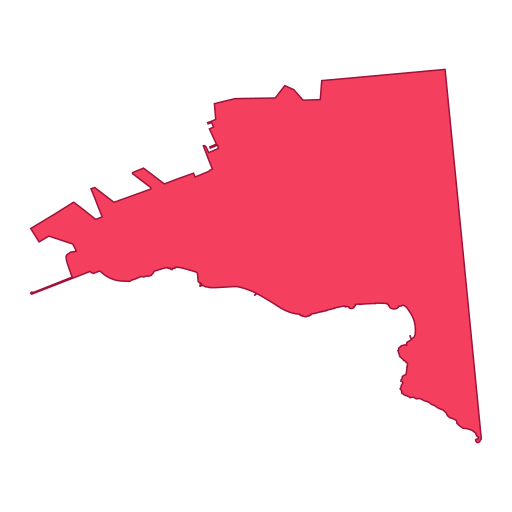 the district of Municipality B, Montevideo, Uruguay
{"feature_id": "84410073B6453147989031", "entity_name": "Municipality B", "entity_type": "district", "adm_level": 2, "iso_a3": "URY", "parent_name": "Uruguay", "parent_adm1": "Montevideo", "projection": "robinson", "projection_center": [-56.188, -34.909], "detail": "fine", "context": "isolated", "style": "filled", "palette": "rose", "viewbox_px": 512, "rotation_deg": 0, "n_neighbors": 0, "source": "geoboundaries", "source_scale": "gbopen_adm2", "svg_char_len": 5056}
<svg xmlns="http://www.w3.org/2000/svg" viewBox="0 0 512 512"><path d="M214.4,103.6L215.7,119.5L207.6,122.7L208.1,123.9L211.5,122.5L213.6,127.1L209.4,128.9L216.4,144.1L209.8,146.9L210.3,148.1L217.7,145.1L218.3,148.5L213.9,150.4L208.7,152.6L205.7,146.3L204.0,145.5L203.3,145.8L208.9,160.4L212.4,169.0L209.9,170.2L209.9,170.3L208.5,171.5L195.1,177.0L193.5,173.2L178.6,178.5L164.3,183.9L143.5,168.1L132.6,172.6L132.5,173.6L150.9,187.7L150.8,189.0L113.9,202.3L94.7,187.5L91.0,188.8L95.3,199.4L97.2,204.4L102.2,216.9L95.7,219.4L87.1,212.6L84.2,210.2L74.1,202.5L73.4,202.3L54.6,214.1L30.7,228.5L39.1,241.9L48.8,236.1L72.7,244.0L75.0,248.3L76.2,251.3L70.6,252.1L68.8,253.4L67.1,254.6L66.1,256.3L66.3,259.9L67.2,262.7L67.5,264.0L68.2,265.9L69.5,269.9L70.2,271.6L70.8,273.5L71.5,275.5L72.3,277.0L33.0,292.6L32.9,292.3L32.4,292.5L31.8,292.1L31.1,292.4L31.0,292.7L30.8,293.0L30.8,293.4L31.0,293.7L31.3,294.0L31.8,294.1L74.8,277.4L90.2,271.4L90.7,272.0L91.3,272.6L93.2,273.2L93.3,273.5L96.1,272.4L98.6,271.4L99.5,271.2L100.5,271.5L102.2,273.0L104.1,274.6L106.2,276.0L108.4,277.3L110.7,278.4L113.7,279.6L117.1,280.5L120.0,280.9L122.9,281.1L129.7,281.4L131.6,280.1L133.6,279.6L135.5,278.9L141.0,276.5L143.6,277.0L146.4,276.1L148.8,276.1L151.0,275.5L152.6,273.7L153.5,272.7L154.0,271.3L159.1,269.7L163.4,268.4L165.2,268.0L167.6,267.5L167.7,267.9L167.8,267.9L168.0,268.2L168.3,268.3L170.2,268.3L170.2,268.7L170.6,268.7L170.8,269.2L171.1,269.5L171.7,269.6L172.2,269.4L172.6,269.1L172.7,268.6L173.1,268.6L173.2,268.2L174.9,268.1L174.9,267.9L175.2,267.9L175.3,267.8L175.4,267.5L175.6,267.5L175.6,267.2L177.3,267.3L179.0,267.4L181.6,267.9L184.3,268.6L192.8,271.0L196.0,272.0L197.1,272.7L197.5,274.2L198.2,281.3L198.6,282.0L199.1,282.4L199.7,282.6L200.3,282.7L200.4,283.1L200.4,283.6L200.0,283.6L200.1,284.0L201.4,283.9L201.7,284.1L201.8,285.3L200.7,285.4L200.1,285.5L199.8,285.8L199.9,286.0L200.1,286.2L200.7,285.9L201.4,285.7L203.9,285.7L204.6,286.3L205.7,286.9L207.1,286.9L208.7,287.4L211.7,287.7L216.6,287.6L223.8,287.2L231.9,286.7L234.0,286.6L236.9,286.6L238.4,286.9L239.8,287.2L244.7,288.5L249.8,290.4L253.1,291.7L256.3,293.3L254.7,295.0L255.0,295.2L256.8,293.5L260.2,295.4L268.5,300.3L274.3,303.9L278.8,306.8L282.4,309.0L286.1,310.8L290.1,312.4L295.2,313.7L300.0,314.3L300.0,314.8L300.2,315.1L300.3,315.1L300.5,315.2L300.8,315.2L300.8,315.3L301.0,315.6L302.5,315.7L302.5,316.1L303.1,316.2L303.7,316.3L304.2,316.5L304.7,316.6L305.2,316.7L305.7,316.7L306.2,316.7L306.7,316.6L307.2,316.3L307.7,316.1L308.2,316.0L308.7,315.9L308.9,315.9L308.8,315.6L310.2,315.3L310.3,315.3L310.4,315.2L310.4,314.9L310.7,314.9L310.9,314.9L311.0,314.8L311.1,314.7L311.2,314.4L311.2,314.0L314.9,313.4L321.2,311.6L321.3,311.9L325.1,310.8L325.2,311.0L326.8,310.5L326.8,310.2L334.5,308.4L334.4,308.0L339.6,306.9L344.7,306.0L344.8,306.5L345.5,306.3L345.6,306.8L347.6,306.5L347.8,306.7L348.1,306.7L348.5,306.8L348.8,307.0L348.9,307.5L349.3,307.5L349.4,308.0L349.8,308.3L350.8,308.5L352.0,308.5L353.3,308.0L353.8,307.6L354.0,307.2L353.9,306.9L354.4,306.8L354.4,306.3L354.7,305.9L355.0,305.7L355.4,305.6L355.4,304.4L359.8,304.0L359.8,304.4L363.6,304.0L367.5,303.8L371.6,303.6L375.5,303.6L375.6,303.2L380.5,303.2L387.3,303.5L387.3,304.2L387.8,304.3L388.3,304.6L388.5,305.0L388.5,305.5L389.2,305.5L389.4,306.8L389.9,307.5L390.5,308.0L391.4,308.5L392.3,308.7L393.2,308.9L394.1,309.0L394.9,308.9L395.7,308.8L396.5,308.5L397.3,308.2L397.9,307.6L398.4,306.9L398.5,306.2L399.2,306.2L399.6,306.3L399.9,306.3L400.1,306.1L400.5,306.0L401.3,306.0L401.6,305.6L402.0,305.4L403.4,305.3L404.4,305.7L405.4,306.5L406.3,307.1L407.6,308.7L411.2,314.2L412.4,316.4L413.5,319.1L414.3,321.4L414.7,323.8L415.2,326.0L415.3,328.6L415.4,330.9L415.2,333.4L415.1,334.6L414.7,335.7L414.1,336.9L413.3,337.8L411.4,339.0L410.4,336.6L410.3,335.9L410.1,335.9L410.2,336.6L411.4,339.6L407.0,342.3L407.2,342.6L406.8,343.0L406.6,343.4L406.6,344.6L406.6,345.2L404.9,344.8L401.0,345.9L400.2,347.0L398.8,347.9L398.5,350.4L397.9,350.5L399.9,356.7L403.1,359.5L403.1,359.9L403.9,360.6L404.7,360.5L406.0,362.3L406.7,362.5L407.4,363.3L407.4,364.7L407.3,366.3L407.1,366.3L406.9,367.3L407.1,367.3L406.0,374.7L403.8,375.3L402.3,376.5L402.2,378.4L401.1,379.7L400.9,381.2L402.4,381.7L402.8,382.4L402.8,382.9L402.6,383.3L402.0,384.1L401.1,385.8L401.2,386.8L400.1,388.9L401.7,390.8L401.5,391.4L402.0,393.6L402.8,393.6L404.1,394.8L405.3,395.5L406.2,395.5L406.9,395.9L409.0,396.8L409.8,397.5L410.6,397.7L413.3,397.1L416.5,398.9L419.3,398.4L421.6,399.3L424.1,400.7L427.9,401.8L429.9,403.0L431.5,404.5L434.3,405.4L438.4,408.2L442.8,409.9L446.0,412.6L447.4,415.6L449.6,417.6L453.5,418.9L456.1,420.4L456.8,421.6L456.8,423.1L458.9,425.4L463.0,428.2L467.7,428.8L471.8,430.2L475.7,433.1L475.9,433.3L475.9,434.1L476.2,434.9L476.7,435.9L477.7,436.7L478.3,436.9L478.3,437.9L478.3,438.7L477.6,438.8L476.1,439.3L475.5,439.9L475.7,440.8L476.6,442.1L477.2,442.6L478.5,442.6L479.7,441.5L481.3,438.6L463.3,254.7L445.1,69.4L321.7,80.6L320.3,99.6L303.1,100.2L293.8,89.7L284.8,85.6L275.2,98.0L235.1,98.6L214.4,103.6Z" fill="#f43f5e" stroke="#9f1239" stroke-width="1.5"/></svg>